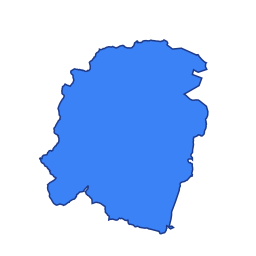 the district of Asikuma-odoben-brakwa, Central, Ghana, rotated 107°
{"feature_id": "2480657B2595733520620", "entity_name": "Asikuma-odoben-brakwa", "entity_type": "district", "adm_level": 2, "iso_a3": "GHA", "parent_name": "Ghana", "parent_adm1": "Central", "projection": "albers", "projection_center": [-1.016, 5.627], "detail": "fine", "context": "isolated", "style": "filled", "palette": "blue", "viewbox_px": 256, "rotation_deg": 107, "n_neighbors": 0, "source": "geoboundaries", "source_scale": "gbopen_adm2", "svg_char_len": 5831}
<svg xmlns="http://www.w3.org/2000/svg" viewBox="0 0 256 256"><g transform="rotate(107 128 128)"><path d="M205.8,188.3L206.1,188.0L206.9,187.6L208.7,187.5L209.1,187.2L210.5,186.6L211.6,185.7L212.4,184.8L213.9,183.7L214.4,183.5L215.7,183.4L216.4,183.1L217.2,182.4L218.7,180.4L220.3,178.8L221.7,177.1L222.1,176.2L222.7,174.0L222.4,173.3L221.0,171.4L220.6,171.0L220.6,169.9L220.5,168.4L220.6,167.2L220.8,167.1L219.7,165.6L216.9,163.6L216.3,162.7L216.2,162.8L215.0,162.2L212.4,159.9L211.9,158.8L211.0,158.1L209.4,157.8L209.5,157.6L208.3,157.3L206.6,157.6L205.8,156.7L204.0,155.8L203.3,155.3L202.4,153.3L201.6,152.1L199.6,151.6L195.2,149.4L195.3,149.0L197.5,148.6L198.4,148.8L199.3,149.3L201.1,150.0L201.4,150.3L202.5,149.1L203.1,148.9L203.5,148.2L203.7,147.6L204.2,146.8L204.3,145.7L205.3,144.1L206.3,142.2L207.1,141.5L210.7,140.2L208.8,137.6L208.3,136.5L208.0,134.0L208.2,131.9L209.5,128.2L209.5,127.6L210.2,126.6L212.2,126.3L213.5,125.5L214.8,125.2L215.3,124.9L216.1,123.2L217.2,122.1L217.8,120.3L218.0,120.1L221.5,119.5L220.2,118.0L220.3,117.8L220.2,117.2L219.6,116.2L219.6,112.6L219.2,111.6L218.8,111.0L216.7,109.9L216.9,108.5L216.2,107.6L216.3,106.6L217.1,103.8L216.8,101.9L216.1,101.3L217.0,100.7L218.0,100.4L219.1,99.7L219.5,99.2L219.7,98.5L219.3,97.4L219.2,94.6L220.4,92.3L220.1,91.6L219.2,90.3L219.2,89.5L219.3,88.4L219.6,87.9L218.8,82.4L218.3,81.4L218.1,80.5L218.1,79.4L218.4,79.1L218.1,76.0L217.8,67.9L218.9,67.2L219.6,66.3L219.3,65.3L218.2,63.9L217.8,62.9L217.3,62.4L216.7,62.1L214.7,61.6L213.5,61.8L212.5,61.5L211.2,62.3L210.1,62.4L210.3,61.3L210.9,60.2L211.2,59.9L211.7,58.9L212.0,57.7L211.5,57.3L209.9,55.4L209.1,57.1L209.1,57.5L209.7,58.8L209.8,59.5L209.2,59.9L202.4,60.3L199.0,60.8L195.3,61.8L184.2,61.1L173.3,60.8L172.6,60.8L170.0,61.3L168.2,61.0L166.6,61.8L165.8,61.9L165.3,61.8L163.9,60.6L162.5,58.1L161.4,57.3L160.6,56.2L156.8,54.5L156.5,54.2L155.4,53.9L155.4,53.3L155.5,52.9L155.0,52.5L154.3,53.0L153.9,52.8L153.7,52.8L153.6,53.1L153.3,53.2L153.0,53.7L152.6,53.9L151.2,53.8L149.8,54.0L149.2,53.9L146.7,54.8L145.5,55.5L143.7,56.0L143.3,56.5L143.5,57.4L142.9,58.4L143.3,59.1L143.3,59.4L142.3,60.7L141.6,61.1L141.3,61.4L140.3,61.1L139.8,60.6L139.0,58.2L139.6,57.1L137.6,57.7L136.4,59.6L135.2,60.0L133.9,59.8L132.9,59.2L132.4,59.2L130.1,59.8L124.7,60.5L122.5,61.5L120.4,61.8L120.2,62.0L119.7,62.3L119.3,62.4L118.5,62.2L117.7,62.5L116.3,60.6L114.7,59.0L114.2,59.0L113.8,58.3L113.9,57.7L113.7,56.9L114.1,56.4L114.2,55.8L114.0,54.9L111.9,53.6L110.1,53.6L109.1,53.9L108.6,53.9L107.0,53.8L106.1,53.5L103.7,53.7L102.4,54.3L101.7,54.1L101.3,54.1L100.7,54.6L100.1,54.7L99.7,55.3L98.8,55.3L98.1,55.9L96.8,56.4L96.2,56.2L95.7,55.8L92.6,55.5L88.9,56.4L84.3,59.4L81.3,67.0L80.7,68.9L81.4,71.6L82.0,72.8L82.5,74.1L82.6,74.8L82.4,76.2L82.2,77.4L79.8,82.3L79.2,84.2L66.7,72.5L58.7,72.0L58.0,82.1L53.1,82.3L53.8,79.6L54.1,77.1L48.9,69.8L46.7,71.9L43.4,72.6L42.8,72.2L42.5,74.1L41.1,77.1L39.9,79.2L39.6,79.5L38.9,80.9L38.1,81.5L37.4,82.5L37.9,83.7L38.2,83.7L36.1,100.3L39.5,108.5L37.2,114.8L36.7,115.0L35.3,114.8L35.0,115.0L34.0,116.0L33.8,116.2L33.7,117.5L33.3,118.8L33.4,119.5L34.5,120.1L35.1,121.3L35.8,122.1L36.2,125.0L36.5,125.8L37.0,129.2L37.3,130.2L37.3,131.7L37.5,132.1L38.3,132.9L38.6,133.6L38.9,134.7L39.1,136.2L39.5,137.1L39.7,137.8L40.6,139.2L42.2,140.0L42.5,140.5L42.6,141.1L43.5,143.8L43.2,144.0L42.7,143.8L42.4,143.9L42.1,144.5L42.2,144.8L42.7,145.3L43.6,145.6L44.6,146.5L47.8,146.5L49.1,147.4L49.7,147.5L50.2,147.9L50.9,149.4L51.1,150.7L51.5,151.3L51.6,151.9L51.5,152.5L51.6,153.6L51.3,154.7L51.4,155.1L50.9,155.5L50.9,155.8L50.5,156.2L50.5,156.4L50.6,157.3L52.2,159.9L53.9,161.3L54.1,161.9L54.9,162.5L54.9,163.8L54.7,164.5L54.8,165.8L54.5,166.3L54.5,166.5L55.0,167.1L55.5,167.6L55.7,169.2L56.0,170.3L56.6,171.1L56.8,171.6L57.2,172.2L57.8,172.6L58.0,173.0L59.0,173.8L59.3,175.0L60.0,175.3L60.2,175.6L60.5,175.9L60.9,176.7L61.1,176.9L61.0,178.3L61.6,178.1L63.5,178.5L64.4,179.1L64.9,179.7L66.3,180.4L68.0,180.3L68.6,180.1L69.4,180.1L70.2,181.2L71.3,181.1L72.3,181.8L73.9,182.2L75.4,183.6L76.6,184.1L79.7,182.2L82.7,181.4L84.7,182.3L84.7,183.3L85.7,183.8L85.8,184.3L86.1,184.7L86.3,185.6L86.0,186.7L86.0,187.6L86.3,187.9L86.3,188.4L86.0,188.5L86.3,189.1L86.4,189.9L86.2,190.0L86.3,190.3L86.2,191.4L86.4,191.7L86.8,192.0L86.7,193.4L87.0,194.4L87.1,196.5L90.1,199.2L91.3,199.1L92.2,198.5L92.7,198.0L93.5,196.2L93.9,195.9L95.8,195.3L97.8,193.9L98.1,193.8L101.0,193.9L102.5,194.7L105.0,195.5L105.1,195.8L104.8,197.0L104.9,198.5L104.4,201.0L104.9,201.1L106.3,201.6L107.4,202.5L107.8,202.7L108.4,202.4L109.5,202.5L110.2,202.3L111.9,202.1L113.0,201.6L114.4,201.1L115.4,198.8L115.8,198.4L116.2,198.3L118.9,198.6L119.4,199.1L123.6,200.1L125.8,200.4L126.3,200.4L128.6,200.6L130.1,200.5L131.0,199.6L131.8,199.3L132.4,198.8L135.6,197.6L136.0,197.2L136.3,196.6L137.1,195.9L138.1,195.9L138.7,196.0L139.5,195.5L141.4,196.7L142.3,196.8L146.4,197.8L148.1,197.9L148.6,198.1L149.4,198.6L150.5,198.6L151.8,197.7L153.3,197.5L154.3,196.9L155.0,194.8L155.1,193.6L155.5,193.3L155.6,192.5L156.4,192.4L157.9,191.1L160.1,190.4L161.3,190.2L162.6,190.3L163.2,191.1L163.8,191.0L164.8,191.5L165.9,191.5L166.1,191.6L166.4,192.2L169.6,193.5L171.0,193.3L171.8,194.0L172.4,194.2L172.1,195.3L172.7,196.5L173.2,196.9L174.3,197.1L175.0,197.6L177.2,197.7L178.8,200.9L179.5,201.1L179.8,201.5L181.0,201.7L181.6,201.4L182.4,201.3L182.6,202.2L182.3,203.1L182.9,203.5L183.5,203.0L184.3,201.9L185.1,201.6L186.2,200.6L186.7,199.1L186.6,198.7L186.9,198.0L188.7,196.2L188.7,195.3L188.8,194.2L189.7,193.5L190.0,192.7L190.3,192.7L190.5,192.1L190.9,191.7L191.0,191.0L191.2,190.9L191.5,190.3L191.7,190.1L192.1,190.4L192.4,190.3L193.4,189.2L194.2,189.0L194.5,188.8L194.6,187.7L194.8,187.2L194.9,186.1L196.2,184.7L196.6,182.4L196.9,182.2L197.2,182.5L198.5,182.8L199.6,183.5L202.1,185.7L202.8,186.5L205.8,188.3Z" fill="#3b82f6" stroke="#1e3a8a" stroke-width="1.5"/></g></svg>